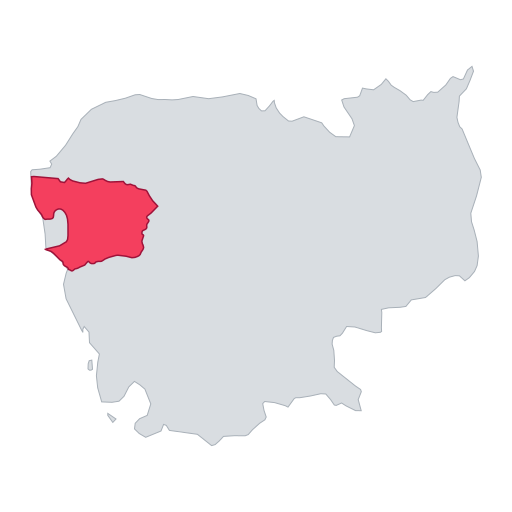 location of Batdâmbâng within Cambodia
{"feature_id": "KHM-1778", "entity_name": "Batdâmbâng", "entity_type": "Province", "adm_level": 1, "iso_a3": "KHM", "parent_name": "Cambodia", "parent_adm1": "", "projection": "albers", "projection_center": [103.119, 12.947], "detail": "fine", "context": "in_parent", "style": "filled", "palette": "rose", "viewbox_px": 512, "rotation_deg": 0, "n_neighbors": 0, "source": "natural_earth", "source_scale": "10m", "svg_char_len": 4814}
<svg xmlns="http://www.w3.org/2000/svg" viewBox="0 0 512 512"><path d="M472.0,66.4L473.5,71.2L470.0,80.4L466.4,88.8L459.4,96.1L459.1,101.4L456.9,117.4L458.0,122.4L459.7,126.7L462.1,129.0L468.5,144.4L474.4,158.5L480.2,170.0L481.3,177.3L476.5,196.0L470.8,213.2L471.5,221.7L474.2,230.2L477.1,241.6L478.4,256.1L477.1,265.6L474.5,271.5L469.4,277.6L464.9,280.8L459.4,275.8L455.1,275.6L449.3,277.2L444.8,279.7L435.7,288.7L425.5,297.5L411.3,299.9L405.9,306.4L400.0,307.3L388.7,307.8L381.4,309.4L381.8,312.6L381.4,327.8L381.6,331.4L380.4,332.3L375.3,332.8L366.7,330.6L354.9,327.0L346.6,326.5L342.4,333.2L339.9,335.8L336.7,336.2L333.5,337.4L332.4,340.4L332.1,344.1L333.8,350.4L334.5,360.4L334.2,367.3L337.3,371.6L355.3,385.9L360.6,389.5L361.3,391.7L358.2,399.6L361.2,410.7L355.5,410.6L346.1,405.9L341.6,403.0L336.2,405.4L334.3,405.0L330.6,399.6L325.8,394.0L320.8,393.7L310.4,396.0L299.8,397.7L295.7,397.7L294.1,398.7L288.0,407.1L285.3,405.7L274.6,402.6L264.7,401.5L262.7,403.6L264.0,410.4L266.2,417.0L264.9,419.8L259.6,423.3L252.5,429.7L248.2,434.6L245.1,435.8L234.3,435.7L223.5,436.4L219.2,441.0L215.1,444.6L211.6,445.6L197.4,434.3L169.4,430.4L166.3,425.4L163.6,424.4L161.0,431.0L145.7,437.3L139.2,433.5L134.5,428.9L135.2,423.3L139.6,418.7L147.2,415.4L150.8,403.9L144.9,389.1L139.8,384.8L134.4,381.4L128.8,386.9L124.0,396.3L119.0,401.2L112.0,402.3L101.7,401.9L97.7,387.8L96.4,375.8L97.8,362.1L99.4,354.0L89.5,342.7L89.0,332.1L84.2,326.5L82.8,329.3L82.9,332.4L81.6,330.2L66.1,298.8L63.5,284.3L66.2,273.1L67.7,269.3L63.3,263.4L57.0,256.7L45.9,247.9L45.1,234.0L42.7,217.7L39.4,212.1L34.3,202.0L31.6,193.7L30.7,171.6L32.1,169.8L40.0,169.2L50.1,167.7L51.7,164.1L49.9,161.1L56.4,156.2L65.6,145.2L72.8,133.8L77.9,126.6L81.0,119.4L91.4,109.3L105.7,102.3L115.3,100.6L125.4,98.2L135.1,94.8L139.7,94.5L151.7,98.5L158.2,99.6L165.0,99.5L172.1,99.9L178.3,99.5L193.0,96.5L208.6,98.7L222.5,96.9L239.8,93.5L248.3,95.5L256.0,98.8L257.1,105.5L258.9,108.5L261.5,110.9L265.0,110.8L269.3,106.1L273.0,101.3L274.2,100.4L274.4,102.7L276.2,107.9L279.6,113.1L282.9,116.5L288.5,121.0L292.1,121.2L303.9,116.8L321.7,122.8L323.8,125.9L329.6,132.2L335.8,136.7L349.6,136.9L354.4,125.6L352.0,118.8L344.0,107.0L341.7,100.0L344.2,98.7L357.5,97.2L359.7,95.8L362.5,88.1L366.2,88.9L373.6,89.8L381.3,84.4L385.9,78.8L388.4,81.3L391.2,85.2L394.3,87.4L399.9,90.6L406.2,95.2L410.1,99.8L413.2,101.6L421.1,100.1L423.2,100.3L427.7,94.6L430.9,91.6L433.7,92.4L437.7,92.2L445.8,85.0L450.4,78.4L453.0,76.6L460.4,79.7L463.4,79.0L467.5,70.0L472.0,66.4ZM92.5,369.3L90.9,370.2L89.5,370.2L88.0,368.9L88.2,363.8L89.2,360.7L91.8,360.1L92.5,369.3ZM116.0,419.0L112.8,422.4L107.8,415.4L107.8,413.4L116.0,419.0Z" fill="#d9dde1" stroke="#a8b0b8" stroke-width="1"/><path d="M68.4,269.4L68.3,268.5L67.3,267.3L64.5,265.8L63.4,264.6L63.2,263.9L63.0,262.4L62.7,261.7L62.1,261.1L60.0,259.8L53.5,253.2L50.9,251.3L46.0,249.7L45.5,249.3L47.4,248.7L59.6,245.8L66.4,241.7L67.6,239.4L68.0,235.7L68.0,224.3L67.5,219.0L66.5,215.3L64.9,212.4L62.9,210.2L60.9,209.1L58.8,208.9L57.0,209.5L55.3,210.6L54.1,212.3L53.7,213.7L53.6,215.4L53.3,217.3L52.5,218.4L51.1,218.9L50.0,219.1L47.4,219.1L45.1,219.4L43.7,218.4L42.8,217.3L41.5,214.5L37.6,209.9L35.9,207.0L31.5,195.0L31.4,194.8L31.3,188.7L31.9,183.3L31.5,176.7L33.9,176.5L58.1,178.6L60.4,181.8L63.8,182.4L64.5,182.5L66.4,180.4L67.1,179.4L68.4,178.1L69.9,179.5L72.6,180.9L79.9,182.8L85.6,183.3L86.8,182.9L98.1,179.4L102.4,178.9L103.4,179.2L105.3,180.4L107.6,181.5L110.2,182.0L123.3,181.5L124.9,183.5L125.5,184.0L126.3,184.5L127.6,184.7L130.4,184.2L133.3,185.4L134.6,185.6L135.0,185.8L135.4,186.1L136.4,187.5L137.0,188.0L137.7,188.4L139.0,188.9L145.8,190.2L147.0,191.3L149.3,195.7L152.6,200.7L157.7,206.2L151.1,213.0L147.6,215.7L147.2,216.1L146.8,216.6L146.7,217.3L146.9,218.1L147.3,218.7L147.7,219.1L148.2,219.4L148.7,219.9L148.9,220.6L148.7,221.5L147.3,223.6L146.8,224.4L146.7,225.5L146.7,226.0L146.8,226.7L146.8,227.4L146.6,228.1L145.9,229.0L145.3,229.4L144.7,229.7L143.0,230.5L142.7,230.7L142.3,231.2L142.0,232.0L141.9,233.2L142.1,234.0L142.5,234.5L143.1,234.8L143.3,234.9L143.4,235.1L143.5,235.3L143.6,235.6L143.5,236.1L141.9,240.9L141.9,241.5L142.4,243.8L143.0,245.0L143.6,247.3L143.6,247.6L143.5,248.0L143.0,249.4L141.2,252.1L141.0,252.5L140.2,254.4L139.6,255.1L138.8,255.8L137.4,256.5L134.9,257.4L131.9,257.7L126.0,256.2L117.7,255.2L116.0,255.4L108.8,257.4L105.0,259.0L103.1,260.3L101.6,261.2L100.6,261.4L98.2,261.4L96.5,261.8L95.8,262.1L95.5,262.3L95.1,262.8L95.0,263.0L94.6,263.3L94.0,263.5L93.1,263.6L92.4,263.6L91.8,263.6L91.3,263.5L90.3,263.1L89.2,262.1L88.7,261.5L88.5,261.4L88.0,261.5L87.7,261.6L86.0,263.5L85.0,264.8L84.4,265.2L79.8,267.1L78.2,268.0L76.9,268.5L76.0,268.7L75.2,268.8L74.6,269.2L73.0,270.5L72.4,270.8L71.9,270.9L71.5,270.8L71.2,270.7L70.8,270.5L70.5,270.2L68.4,269.4Z" fill="#f43f5e" stroke="#9f1239" stroke-width="1.5"/></svg>